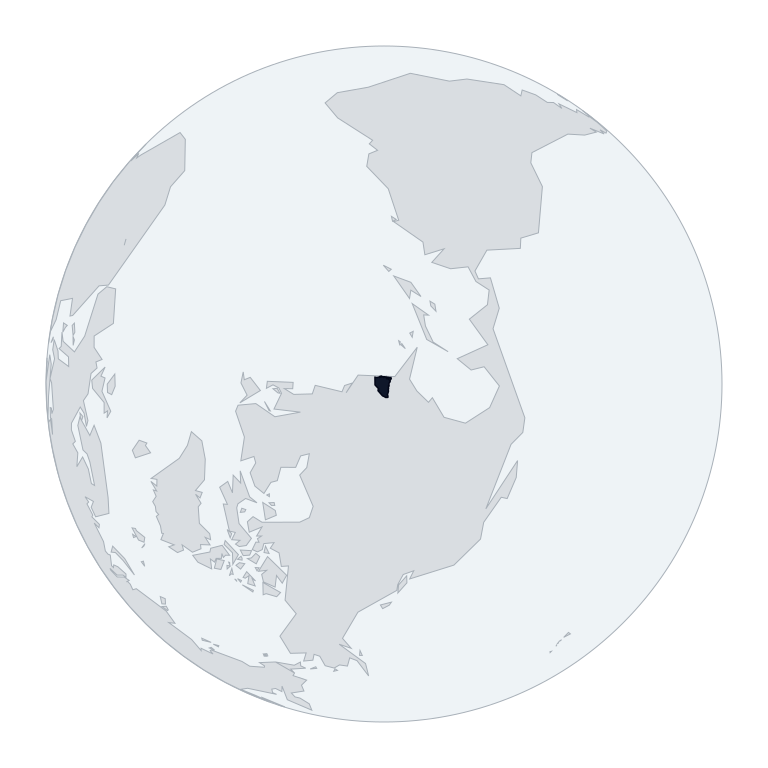 the Earth from above South Carolina, rotated 225°
{"feature_id": "USA-3545", "entity_name": "South Carolina", "entity_type": "State", "adm_level": 1, "iso_a3": "USA", "parent_name": "United States of America", "parent_adm1": "", "projection": "orthographic", "projection_center": [-80.855, 33.625], "detail": "fine", "context": "on_globe", "style": "filled", "palette": "ink", "viewbox_px": 768, "rotation_deg": 225, "n_neighbors": 0, "source": "natural_earth", "source_scale": "10m", "svg_char_len": 12942}
<svg xmlns="http://www.w3.org/2000/svg" viewBox="0 0 768 768"><g transform="rotate(225 384 384)"><circle cx="384" cy="384" r="338" fill="#eef3f6" stroke="#a8b0b8"/><path d="M399.6,528.2L391.6,525.1L383.8,534.3L356.1,519.1L346.0,500.2L260.5,459.7L251.6,447.9L251.5,431.2L223.7,367.7L235.4,424.3L224.4,411.4L215.9,390.1L221.0,386.8L215.7,356.7L206.1,342.6L206.5,305.4L228.0,264.3L230.9,273.0L235.7,262.9L232.4,251.8L229.0,247.1L241.1,204.2L233.5,174.8L220.3,173.9L231.7,168.3L199.4,173.3L188.4,166.7L207.5,169.3L214.6,166.1L210.4,158.7L216.8,153.9L218.4,147.9L226.4,143.2L236.9,146.1L242.3,143.4L239.0,138.4L244.9,131.3L248.9,138.8L259.7,127.4L279.3,132.1L283.6,159.5L301.1,161.2L322.9,187.8L327.6,182.4L338.8,190.4L348.3,187.5L349.6,194.1L356.1,186.2L353.0,180.8L354.8,175.8L360.1,173.8L362.8,181.6L360.5,183.7L364.1,185.1L363.1,189.9L366.6,186.4L369.2,196.7L374.5,183.9L383.2,190.0L382.8,197.6L372.5,200.0L345.9,226.7L342.3,236.7L347.6,247.4L379.2,260.0L379.5,270.3L387.5,281.9L392.1,274.2L387.5,262.6L398.0,252.2L391.1,240.2L394.4,234.5L391.5,221.7L403.1,220.5L415.9,226.6L418.9,237.5L424.7,240.8L430.9,228.4L445.2,247.8L469.7,259.8L472.2,265.8L460.8,279.5L438.0,283.7L423.2,305.0L444.1,288.5L449.9,305.0L455.6,306.9L461.9,304.9L464.1,297.8L468.4,303.4L449.4,320.9L445.2,316.1L451.2,310.3L440.5,312.8L427.7,326.3L431.7,334.4L408.2,348.8L410.8,355.1L407.1,362.3L404.6,351.0L408.6,372.0L381.6,396.9L386.5,433.5L369.4,405.5L355.8,402.3L339.6,402.5L340.1,408.5L318.0,402.9L298.7,413.9L292.6,442.0L301.0,464.2L325.4,467.0L332.3,455.5L350.1,453.7L338.3,485.2L369.5,490.2L366.9,513.2L376.1,524.8L391.5,521.5L407.4,526.3L418.4,512.6L436.2,503.8L437.1,522.1L446.5,504.3L456.8,511.9L492.0,505.6L489.4,510.2L519.1,525.1L550.1,525.7L557.4,536.0L553.8,544.7L564.2,543.4L564.4,548.3L604.9,539.4L624.4,541.1L623.0,557.0L605.0,582.7L585.1,622.3L551.9,644.4L541.0,658.3L510.8,680.5L491.0,684.5L494.2,689.6L481.2,695.7L467.6,698.6L463.2,702.9L453.1,704.6L458.4,705.8L439.5,712.3L441.9,714.2L427.4,717.8L429.4,718.3L424.8,718.8L419.4,719.6L418.1,720.0L405.3,720.4L404.4,718.4L411.0,716.5L405.1,716.5L419.3,710.5L412.0,712.2L418.1,701.9L430.7,690.7L443.0,652.2L436.6,644.2L411.6,635.6L381.7,600.1L390.4,583.9L383.5,576.3L405.9,551.4L399.6,528.2ZM75.5,339.1L77.8,331.9L77.9,338.8L75.5,339.1ZM78.2,326.1L77.6,328.8L77.9,326.2L78.2,326.1ZM77.8,323.2L78.1,325.3L77.5,323.6L77.8,323.2ZM76.9,320.1L77.5,321.5L77.3,321.6L76.9,320.1ZM385.3,445.7L420.9,460.8L401.2,464.2L404.8,460.9L395.7,454.3L378.9,448.4L361.5,452.2L385.3,445.7ZM76.6,313.4L76.6,311.5L77.4,312.1L76.6,313.4ZM400.0,425.2L393.9,424.1L399.8,423.7L400.0,425.2ZM226.4,246.0L231.6,252.2L232.3,264.4L227.2,259.6L226.4,246.0ZM226.1,224.2L230.3,225.2L224.5,235.0L223.9,231.3L226.1,224.2ZM209.4,174.8L212.5,178.6L207.4,176.7L209.4,174.8ZM217.2,148.0L214.4,148.6L216.4,145.3L217.2,148.0ZM385.4,223.3L388.4,222.6L387.4,225.3L385.4,223.3ZM381.3,218.7L377.9,222.5L375.4,220.9L377.6,218.6L381.3,218.7ZM230.5,135.3L234.7,130.3L232.3,135.8L230.5,135.3ZM386.0,214.5L371.5,217.7L367.3,215.0L371.8,204.1L386.0,214.5ZM238.4,127.7L248.4,116.4L242.9,116.4L264.2,110.7L248.6,121.7L246.5,128.3L243.6,125.8L238.4,127.7ZM349.7,180.0L353.2,185.6L345.4,182.9L349.7,180.0ZM344.3,179.6L317.6,179.9L315.1,171.2L324.6,172.6L317.4,163.4L329.3,158.8L335.9,162.9L335.2,169.3L340.3,162.8L344.3,179.6ZM274.4,109.8L278.4,107.8L276.2,110.5L274.4,109.8ZM354.9,173.6L349.8,174.1L347.2,166.5L357.1,164.0L354.8,167.2L354.9,173.6ZM309.7,163.4L309.5,157.7L319.1,152.4L320.4,149.5L329.3,158.0L309.7,163.4ZM358.0,168.0L362.2,163.1L368.2,165.0L359.8,172.5L358.0,168.0ZM342.4,165.7L341.7,162.1L345.3,163.2L342.4,165.7ZM392.0,170.2L385.9,170.5L384.0,166.5L392.0,170.2ZM363.3,161.1L361.2,160.5L359.8,159.1L363.7,156.4L363.3,161.1ZM335.5,153.9L339.5,153.1L332.3,150.1L339.2,146.5L343.9,153.0L344.8,148.6L346.9,147.6L348.4,154.2L335.5,153.9ZM363.4,149.6L371.8,157.5L383.6,157.5L385.6,161.0L366.3,160.4L363.4,149.6ZM354.5,151.7L360.5,151.1L359.9,155.4L355.4,158.5L354.5,151.7ZM342.2,141.8L330.4,145.7L329.7,144.2L342.2,141.8ZM367.0,148.7L364.9,146.9L367.9,148.2L367.0,148.7ZM349.9,142.8L345.8,144.3L345.2,142.5L349.9,142.8ZM364.1,142.3L366.8,144.7L363.9,146.7L364.1,142.3ZM357.7,141.8L357.8,139.1L361.2,146.0L356.0,142.7L357.7,141.8ZM350.0,140.9L348.3,140.4L351.8,140.6L350.0,140.9ZM373.7,133.8L378.6,142.0L372.1,146.2L368.2,137.5L373.7,133.8ZM426.0,719.3L406.0,720.6L417.6,720.1L427.4,718.6L437.2,717.7L426.0,719.3ZM454.2,714.1L464.5,711.7L466.5,711.4L459.8,713.1L454.2,714.1ZM640.8,164.3L625.5,147.8L641.1,168.4L633.5,162.9L612.7,138.3L597.5,122.3L594.1,119.8L595.0,123.3L582.6,113.9L594.3,124.3L596.1,124.3L603.4,131.3L602.2,131.8L597.9,128.2L599.9,132.3L619.9,149.8L624.0,151.7L634.8,168.9L642.5,174.0L648.6,182.2L637.8,176.8L632.1,171.5L619.3,173.4L626.3,180.1L638.8,179.3L638.8,182.3L648.4,193.0L641.1,187.3L625.6,187.8L629.5,206.2L649.8,245.3L648.8,256.8L641.0,261.5L618.2,235.5L622.9,213.0L614.9,204.9L600.7,202.0L603.3,195.9L598.2,192.4L598.6,184.3L586.3,167.7L584.8,159.7L567.5,148.8L564.4,143.6L575.5,151.3L582.5,152.9L577.3,135.3L572.6,130.5L561.7,125.2L561.7,121.6L551.8,118.8L542.7,108.3L545.5,119.3L532.9,114.8L520.5,106.7L516.9,107.6L536.9,120.9L544.5,124.6L550.2,124.5L571.2,138.2L575.6,145.4L555.6,139.6L559.8,149.8L542.4,142.0L498.8,108.6L487.0,98.0L494.0,86.2L503.9,89.8L506.4,95.5L515.7,92.9L509.4,91.7L509.3,89.2L497.2,85.4L496.6,83.5L486.0,83.5L483.9,80.8L490.6,80.8L470.8,74.2L463.0,68.9L458.9,68.5L456.6,69.5L448.2,62.9L445.5,62.9L447.2,65.0L442.9,66.6L432.1,67.2L429.8,64.9L433.4,64.3L437.5,60.2L447.4,59.9L445.4,59.1L436.2,58.9L431.2,63.8L425.3,64.9L426.3,62.0L425.5,63.1L421.8,63.0L416.1,60.9L414.4,64.1L377.5,69.4L362.6,67.0L367.6,63.1L339.4,67.3L324.8,66.2L326.5,67.8L314.0,72.2L318.4,72.5L318.2,73.7L288.2,87.4L279.4,89.5L268.3,99.1L269.1,100.2L275.0,99.0L264.2,110.7L242.9,116.4L242.1,113.5L229.3,119.9L229.4,112.7L223.5,110.3L231.0,100.0L225.7,99.8L221.3,102.5L210.7,105.0L204.4,102.3L229.1,92.4L242.5,98.3L238.7,94.3L245.4,92.0L247.6,88.9L244.5,87.0L240.5,88.6L265.3,72.4L269.4,66.8L254.9,72.9L244.9,76.7L240.1,78.2L262.6,68.6L285.8,60.7L309.4,54.4L333.4,49.9L357.7,47.1L382.1,46.1L406.6,46.8L430.9,49.4L455.0,53.6L478.7,59.6L501.9,67.3L524.5,76.7L546.4,87.6L567.4,100.2L587.4,114.2L606.4,129.6L624.2,146.3L640.8,164.3ZM721.9,385.4L721.4,366.8L720.7,362.7L720.4,373.7L718.7,368.9L717.8,374.2L706.0,417.6L697.5,416.5L675.8,394.0L674.4,372.5L665.5,355.6L648.8,259.1L654.9,251.9L652.6,212.3L654.1,210.0L664.8,224.3L671.5,214.3L661.3,197.6L657.0,185.3L649.7,175.2L664.5,195.6L677.7,216.9L689.4,239.3L699.3,262.4L707.4,286.2L713.8,310.5L718.4,335.2L721.1,360.2L721.9,385.4ZM665.8,298.4L668.9,304.0L669.0,304.1L665.8,298.4ZM552.6,91.1L550.5,90.0L555.0,92.7L574.8,105.2L575.9,105.9L552.6,91.1ZM493.0,505.1L497.3,507.8L491.8,509.0L493.0,505.1ZM398.7,472.2L406.1,472.3L410.1,475.1L404.5,476.4L398.7,472.2ZM460.2,467.0L468.5,467.5L460.0,470.3L460.2,467.0ZM426.4,462.5L453.5,467.3L436.9,474.9L419.7,472.0L431.4,469.3L426.4,462.5ZM397.1,437.0L401.8,438.2L400.6,441.9L397.1,437.0ZM404.3,425.0L402.5,425.4L400.1,422.5L404.3,425.0ZM451.0,303.9L452.7,302.7L459.2,302.1L456.5,305.4L451.0,303.9ZM485.9,283.6L492.1,293.0L485.8,288.2L483.3,294.1L466.8,292.0L472.6,268.7L472.9,279.3L485.9,283.6ZM446.4,283.9L456.2,287.1L445.3,284.6L446.4,283.9ZM569.0,183.9L573.5,182.5L579.6,188.2L581.4,200.7L572.5,192.3L569.0,183.9ZM578.3,179.4L557.9,171.5L555.9,164.2L560.5,169.5L561.3,165.5L568.8,173.0L586.9,174.8L593.4,180.1L593.2,198.8L589.7,189.4L585.5,191.0L578.3,179.4ZM509.2,171.8L500.4,170.3L507.6,156.0L515.1,159.2L517.4,171.1L509.9,174.6L509.2,171.8ZM396.7,195.6L392.9,197.5L392.1,195.1L394.8,191.6L396.7,195.6ZM389.3,170.7L412.8,185.5L409.6,188.2L427.2,194.8L425.6,204.6L414.2,199.9L426.2,212.9L415.3,212.6L424.3,220.9L399.2,209.2L389.8,210.2L400.9,205.2L402.6,196.0L400.6,192.3L387.8,182.8L368.6,181.1L367.2,172.4L371.4,166.7L375.8,165.8L375.3,171.6L381.6,166.2L384.2,173.9L389.3,170.7ZM421.1,116.7L418.6,121.9L431.7,116.2L434.3,122.3L435.7,121.3L441.7,125.6L451.4,129.4L451.1,132.4L455.0,132.6L459.1,135.8L464.4,137.3L465.7,143.5L472.2,146.0L469.1,147.6L480.0,150.3L472.5,151.2L477.1,156.0L481.9,152.6L476.2,186.7L479.6,201.6L486.5,214.1L472.6,215.0L457.3,204.5L443.2,189.3L442.0,175.3L435.9,178.8L433.5,173.3L439.3,172.8L429.0,170.3L428.5,165.8L416.0,154.9L401.4,154.9L396.5,151.3L402.0,149.1L393.2,147.2L400.2,140.7L396.9,138.1L400.5,129.6L413.0,127.5L408.3,124.8L410.8,118.8L421.1,116.7ZM375.1,131.4L389.6,126.4L398.1,127.6L388.3,142.1L390.4,145.3L384.4,155.5L372.1,153.7L375.0,150.9L374.9,147.8L378.8,149.5L375.6,145.8L379.4,142.0L377.9,138.2L383.0,137.5L375.1,131.4ZM649.4,201.5L649.3,198.8L647.8,193.6L653.8,200.6L649.4,201.5ZM639.2,202.0L638.2,198.5L645.9,204.9L646.0,208.1L639.2,202.0ZM631.1,191.5L637.6,197.8L634.1,196.2L631.1,191.5ZM573.9,148.1L572.1,144.6L574.5,145.3L578.5,148.5L573.9,148.1ZM460.4,104.1L457.6,106.1L455.4,105.2L444.7,106.4L441.8,102.4L447.2,100.1L460.4,104.1ZM631.9,154.6L638.5,162.1L638.3,162.1L636.1,159.5L631.9,154.6ZM649.6,181.6L648.7,177.7L651.2,183.6L649.6,181.6ZM455.5,100.0L451.4,100.8L452.5,98.3L455.5,100.0ZM439.2,99.7L439.4,96.7L440.2,102.1L439.2,99.7ZM425.4,72.5L443.6,74.7L454.7,74.9L458.1,72.2L461.2,77.5L443.9,77.2L425.4,72.5ZM383.6,69.7L380.8,72.9L376.8,71.7L376.9,70.7L383.6,69.7ZM385.6,71.5L391.9,75.5L386.9,77.5L382.9,73.9L385.6,71.5ZM424.3,85.9L429.9,86.7L428.9,88.6L424.3,85.9ZM230.1,83.2L247.5,76.0L248.5,76.2L225.8,85.6L230.9,82.9L228.2,84.2L226.1,85.3L230.1,83.2ZM276.3,106.8L278.2,107.7L274.5,108.5L276.3,106.8ZM320.9,73.8L320.0,75.6L315.6,76.0L320.9,73.8ZM315.2,81.1L320.8,79.3L315.8,82.2L315.2,81.1ZM333.1,75.4L323.5,79.1L331.3,74.3L333.1,75.4Z" fill="#d9dde1" stroke="#a8b0b8" stroke-width="1"/><path d="M395.2,382.4L395.1,382.5L394.8,382.7L394.3,383.0L393.7,383.4L393.4,383.8L392.5,385.2L392.4,385.4L392.4,385.5L392.2,386.2L392.2,386.3L392.2,386.0L392.1,385.9L391.8,385.8L391.8,385.6L392.0,385.3L392.2,385.1L391.8,385.5L391.7,385.6L391.7,385.8L391.7,386.0L391.8,386.1L392.1,386.2L392.1,386.3L392.2,386.5L392.0,386.8L392.0,386.7L391.9,386.6L391.9,386.8L391.7,386.8L391.5,386.7L391.5,386.8L391.7,387.0L391.4,387.2L391.3,387.3L391.3,387.5L390.9,387.6L390.7,387.7L390.6,387.4L390.4,387.5L390.2,387.6L390.1,387.9L390.1,388.0L390.3,388.0L390.0,388.3L389.9,388.3L389.8,388.5L389.7,388.6L389.5,388.8L389.2,389.0L388.9,389.1L388.8,388.9L388.7,388.9L388.9,388.6L388.7,388.5L388.6,388.8L388.5,389.0L388.4,388.9L388.5,389.0L388.8,389.2L388.9,389.4L388.8,389.5L388.5,389.7L388.3,389.7L388.2,389.7L388.1,389.8L388.3,389.9L388.2,390.0L387.7,390.1L387.4,390.2L387.1,390.0L387.0,389.9L386.9,389.9L387.0,390.0L387.3,390.2L387.2,390.3L386.7,390.6L386.4,390.4L386.4,390.5L386.3,390.8L386.2,390.7L385.8,390.6L385.6,390.4L385.6,390.5L385.1,390.5L384.9,390.5L385.0,390.6L385.4,390.7L385.6,390.6L385.9,390.8L385.7,390.8L385.4,390.8L385.8,390.9L385.9,391.0L386.0,391.1L385.9,391.2L385.7,391.3L385.5,391.5L385.8,391.5L385.9,391.4L386.1,391.2L386.1,391.4L386.0,391.5L385.9,391.5L386.0,391.6L385.9,391.7L385.5,391.9L385.4,391.9L385.1,392.0L385.1,391.9L385.1,391.7L385.1,391.3L384.9,391.4L385.0,391.0L385.0,390.9L384.9,390.8L385.0,390.9L384.9,391.0L384.9,391.5L385.0,391.7L384.9,391.8L384.5,391.5L384.4,391.1L384.3,390.9L384.4,390.7L384.2,390.6L384.1,390.4L384.1,390.5L384.2,390.8L384.2,391.1L384.3,391.3L384.3,391.5L384.4,391.8L384.5,392.1L384.8,392.1L384.9,392.3L384.7,392.5L384.2,392.9L384.2,392.7L384.4,392.4L384.4,392.1L384.3,392.4L384.3,392.5L384.1,392.6L384.1,392.8L383.8,393.2L383.8,393.3L383.7,393.4L383.5,393.2L383.3,393.1L383.2,393.0L382.9,393.1L382.7,392.9L382.6,392.7L382.5,392.4L382.6,392.2L382.6,391.9L382.6,391.7L382.4,391.5L382.3,391.0L382.3,390.8L382.3,390.7L382.1,390.7L382.0,390.4L381.9,390.4L381.8,390.2L381.7,390.2L381.3,390.0L381.3,389.9L381.3,389.7L381.2,389.4L381.3,389.3L381.3,389.2L381.2,389.0L381.2,388.9L381.2,388.7L380.9,388.1L380.8,387.8L380.8,387.7L380.7,387.4L380.3,387.2L380.1,387.1L379.7,386.9L379.5,386.7L379.5,386.4L379.3,386.4L379.2,386.3L379.1,386.1L379.1,385.9L378.9,385.8L378.7,385.5L378.7,385.4L378.7,385.2L378.8,385.2L378.7,385.1L378.7,384.9L378.5,384.7L378.4,384.6L378.2,384.4L378.0,384.2L377.7,384.1L377.4,383.9L377.3,383.6L377.2,383.5L377.2,383.2L376.8,382.8L376.6,382.7L376.4,382.5L376.1,382.4L376.0,382.2L375.9,382.1L375.7,382.0L375.6,381.9L375.5,381.5L375.4,381.4L375.3,381.2L375.2,381.1L375.1,380.9L374.9,380.7L374.7,380.1L374.4,379.5L374.3,379.3L374.3,379.1L374.1,378.8L373.5,378.8L373.3,378.7L373.2,378.5L373.0,378.3L372.8,378.2L372.7,378.0L372.0,377.7L371.9,377.5L371.9,377.2L372.0,377.1L372.1,376.9L372.3,376.7L372.5,376.5L372.6,376.4L372.9,376.2L373.0,376.1L373.1,375.8L374.6,375.3L374.8,375.3L375.1,375.2L375.4,375.1L375.6,375.0L375.8,374.9L376.1,374.9L376.3,374.8L376.4,374.7L376.5,374.6L377.1,374.6L383.0,375.0L383.0,375.4L383.0,375.5L383.6,375.2L383.7,375.3L384.3,376.1L384.3,376.8L389.6,377.0L389.8,377.1L395.2,382.4ZM391.5,387.3L391.4,387.6L391.4,387.4L391.5,387.2L391.5,387.3L391.5,387.3Z" fill="#0f172a" stroke="#020617" stroke-width="1.5"/></g></svg>